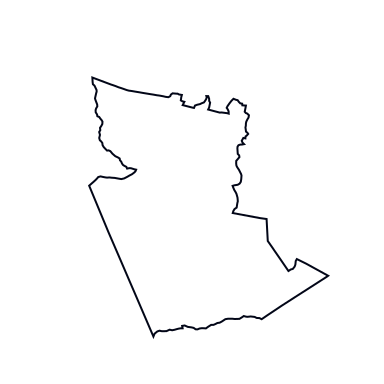 outline of Itapecuru Mirim, Maranhão, Brazil, rotated 67°
{"feature_id": "56859067B11839444489809", "entity_name": "Itapecuru Mirim", "entity_type": "district", "adm_level": 2, "iso_a3": "BRA", "parent_name": "Brazil", "parent_adm1": "Maranhão", "projection": "orthographic", "projection_center": [-44.34, -3.363], "detail": "fine", "context": "isolated", "style": "outline", "palette": "ink", "viewbox_px": 384, "rotation_deg": 67, "n_neighbors": 0, "source": "geoboundaries", "source_scale": "gbopen_adm2", "svg_char_len": 3505}
<svg xmlns="http://www.w3.org/2000/svg" viewBox="0 0 384 384"><g transform="rotate(67 192 192)"><path d="M47.7,239.0L50.0,239.8L51.9,240.5L54.1,241.1L56.0,240.2L60.8,240.0L62.4,240.6L63.6,241.6L67.9,244.7L69.5,244.9L74.4,245.1L76.2,245.7L77.6,247.6L78.9,248.7L81.0,249.5L83.5,249.1L85.3,249.5L86.7,248.1L88.7,247.7L90.6,247.1L92.2,246.9L94.4,248.0L95.7,249.6L97.0,251.6L99.3,252.3L100.5,254.0L103.5,254.4L106.0,256.3L108.4,256.6L109.8,255.9L111.8,255.4L114.0,256.0L116.2,255.7L118.4,254.9L120.7,254.0L121.1,252.5L122.5,251.2L125.6,250.3L129.1,248.6L131.1,246.8L132.9,245.5L134.6,245.9L136.4,245.3L138.3,245.3L140.0,245.0L141.4,244.1L143.2,242.6L145.1,242.6L145.5,240.5L146.2,239.0L147.1,237.9L148.4,236.4L149.6,234.7L150.7,235.8L151.4,237.2L152.2,240.3L152.4,243.2L152.7,245.4L153.0,249.1L152.5,252.0L150.9,254.5L148.8,257.7L147.5,260.3L146.3,262.4L145.6,264.5L144.8,265.9L143.4,268.0L141.9,270.1L141.6,272.5L142.3,273.8L143.2,275.9L144.2,278.7L144.8,280.6L146.0,284.2L196.1,284.6L226.5,284.4L249.6,284.3L264.0,284.2L310.0,284.0L307.8,281.8L306.8,278.4L307.0,276.0L308.1,274.6L308.9,272.9L310.1,269.8L310.0,266.4L311.5,264.3L312.0,261.9L312.3,259.4L312.6,257.5L313.0,255.9L313.8,253.9L311.4,253.4L312.0,250.9L313.3,249.7L314.5,248.6L316.4,245.4L317.7,243.6L319.8,242.3L320.6,240.6L320.6,238.4L321.1,236.5L322.0,234.4L323.0,232.5L322.4,230.0L321.8,226.3L322.7,224.1L322.7,222.2L322.5,219.8L323.1,217.6L322.9,215.3L322.5,213.1L322.1,211.0L322.7,208.5L323.5,206.5L324.3,204.6L325.6,202.3L327.3,197.9L326.9,195.2L326.4,192.8L327.7,191.2L328.5,189.9L329.0,188.3L329.5,186.6L331.5,183.1L333.2,181.7L334.4,179.2L336.3,177.6L334.9,170.7L331.7,153.8L329.0,138.1L322.7,101.2L322.3,99.4L302.6,114.9L294.7,121.7L296.1,123.5L299.2,125.2L300.8,126.7L302.2,129.3L301.9,131.3L302.4,134.1L288.0,137.0L277.4,139.2L275.7,139.5L266.7,141.4L246.0,133.9L242.6,139.6L227.3,162.7L225.7,161.4L224.3,159.5L223.8,157.0L221.7,155.7L219.8,154.5L218.5,153.5L216.8,152.9L214.9,152.3L211.1,151.8L209.3,151.9L206.6,152.3L203.7,152.3L202.2,152.2L202.4,150.4L202.8,148.7L203.2,147.1L202.9,144.9L201.7,143.1L199.3,141.6L196.2,140.0L194.6,139.8L191.7,140.0L190.0,140.1L188.4,140.4L186.8,140.7L185.1,140.8L183.0,140.2L180.6,139.1L179.4,136.6L178.4,134.7L176.7,134.3L174.8,135.0L171.1,133.7L169.4,133.1L168.0,132.3L167.1,130.9L167.2,129.2L167.9,127.3L168.3,125.4L166.2,126.2L164.3,126.2L163.3,124.9L162.3,123.6L163.5,121.9L161.8,121.0L161.4,119.5L160.5,117.6L159.0,117.9L157.5,118.7L155.8,118.2L153.5,117.6L152.1,116.6L149.8,115.5L148.4,114.5L146.7,112.5L145.6,110.9L143.6,109.6L141.4,110.5L140.3,111.6L138.7,112.1L135.8,110.1L133.5,108.6L132.7,110.2L131.9,111.8L130.3,111.3L129.3,112.9L127.3,113.7L125.3,114.1L124.3,115.5L122.4,117.4L123.5,120.1L125.0,122.8L126.0,124.4L126.8,125.7L128.1,127.2L129.9,126.8L132.1,126.8L134.2,127.6L133.2,128.8L130.4,133.6L129.7,135.5L122.4,144.9L120.9,143.2L119.0,141.9L116.8,140.4L114.9,140.6L112.9,139.8L110.1,139.6L109.3,141.3L110.9,141.6L112.2,142.9L113.3,144.5L114.2,146.0L114.1,148.3L114.2,150.4L113.7,153.2L113.6,155.5L115.4,157.3L114.5,158.6L108.4,166.6L106.0,163.8L104.8,165.4L103.3,166.5L102.0,165.7L100.6,164.9L98.7,163.4L97.1,165.9L95.9,166.8L95.1,168.5L93.6,171.3L94.1,173.4L95.3,174.6L95.5,176.7L94.1,179.1L92.7,181.0L90.9,183.7L90.1,185.0L89.3,186.4L87.2,189.6L85.6,192.2L84.2,194.4L81.8,198.2L79.4,201.9L77.7,204.6L75.7,207.7L74.9,209.0L74.1,210.4L72.7,212.2L70.3,214.8L68.5,216.8L66.9,218.7L64.6,221.0L62.7,223.1L61.4,224.6L47.7,239.0Z" fill="none" stroke="#020617" stroke-width="2"/></g></svg>